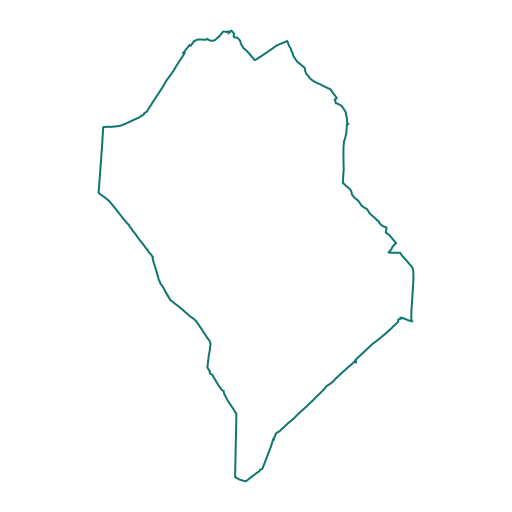 Carlogani, Olt, Romania
{"feature_id": "2599482B86259976977107", "entity_name": "Carlogani", "entity_type": "district", "adm_level": 2, "iso_a3": "ROU", "parent_name": "Romania", "parent_adm1": "Olt", "projection": "orthographic", "projection_center": [24.165, 44.511], "detail": "fine", "context": "isolated", "style": "outline", "palette": "teal", "viewbox_px": 512, "rotation_deg": 0, "n_neighbors": 0, "source": "geoboundaries", "source_scale": "gbopen_adm2", "svg_char_len": 5933}
<svg xmlns="http://www.w3.org/2000/svg" viewBox="0 0 512 512"><path d="M403.2,257.1L400.0,252.8L389.1,252.7L388.7,252.2L389.7,251.3L391.7,248.7L392.1,247.6L393.1,246.0L395.3,243.8L396.1,243.2L390.5,236.5L389.5,235.3L388.9,234.7L387.6,233.9L385.8,232.6L386.5,227.7L385.9,227.2L385.2,226.9L384.5,226.8L383.2,226.3L382.3,225.7L380.2,223.9L379.6,223.4L379.3,222.8L378.9,221.6L378.5,221.1L378.0,220.7L377.0,220.3L375.8,218.8L374.8,217.8L373.0,216.5L372.3,215.7L370.3,214.1L369.5,213.1L368.0,210.6L366.9,209.1L366.4,208.6L365.9,208.4L365.0,208.1L362.3,206.2L361.6,205.6L360.7,204.4L358.9,201.6L357.9,200.4L355.5,198.6L353.5,196.6L353.2,196.1L352.4,194.9L352.0,194.7L351.8,194.0L351.7,192.8L351.2,191.2L350.6,190.2L350.0,189.4L348.9,188.2L347.6,187.1L346.5,186.4L344.6,184.4L343.8,183.7L342.9,183.2L342.9,182.2L343.0,180.8L343.1,178.2L343.3,174.7L343.3,173.7L343.7,170.3L343.7,168.5L343.6,166.3L343.4,153.0L343.5,146.7L343.6,145.1L343.7,144.9L343.8,144.6L343.9,142.0L345.3,137.6L345.6,136.0L346.3,133.5L346.4,131.5L346.7,128.2L346.8,125.9L346.8,125.2L347.1,124.0L348.0,124.0L347.8,123.7L347.4,122.7L347.0,121.2L346.9,120.5L347.0,119.6L346.8,117.5L346.5,116.1L346.2,115.4L345.9,114.3L345.9,113.1L345.5,111.7L344.9,111.0L342.8,107.5L342.1,106.5L340.3,105.1L337.4,103.6L335.9,103.3L335.7,102.3L335.4,101.7L335.3,100.9L334.7,99.5L336.3,98.7L336.7,98.2L336.6,97.8L333.4,93.5L332.8,92.8L330.6,89.4L329.9,89.0L327.9,88.2L325.7,87.1L321.1,84.8L316.5,82.7L314.1,81.5L311.6,79.8L310.0,78.4L308.9,76.9L308.4,76.1L308.0,75.6L307.7,75.2L306.8,74.6L306.5,74.2L305.2,71.0L304.8,68.6L304.6,67.8L304.2,67.4L301.3,65.0L297.3,61.8L293.7,56.6L292.9,55.1L292.9,54.8L292.8,53.7L292.7,53.1L291.6,51.5L291.3,50.8L290.9,49.0L290.7,48.5L290.3,47.8L289.7,46.9L289.0,45.7L287.5,41.6L287.3,41.4L287.1,41.1L278.9,44.5L276.4,45.7L272.8,48.3L267.9,51.7L260.0,57.0L259.4,57.2L258.7,57.6L257.8,58.5L255.1,59.9L254.7,60.0L254.4,59.8L253.9,59.4L253.6,59.0L253.3,58.2L253.1,57.9L251.8,57.0L251.5,56.5L251.1,55.8L250.3,54.9L249.9,54.2L249.4,53.6L248.4,52.8L248.0,52.4L246.9,51.0L246.0,50.2L245.0,49.4L244.5,48.8L243.7,48.4L243.4,48.1L243.1,47.7L242.6,46.5L241.9,45.5L241.4,44.4L241.0,43.7L240.7,43.1L240.5,41.8L240.1,40.9L239.7,40.2L238.2,38.5L237.1,37.6L236.6,37.5L236.0,37.5L234.5,37.5L234.3,37.3L234.1,37.0L233.6,36.2L233.6,35.7L234.1,34.7L234.1,34.0L234.1,33.7L233.5,33.0L232.9,32.4L232.3,31.6L231.9,31.1L231.4,30.7L231.0,30.7L230.7,31.0L230.2,31.8L229.8,32.2L228.7,33.0L228.7,30.8L228.6,31.0L228.3,31.3L226.5,32.0L224.0,31.5L223.7,31.5L223.4,31.6L222.2,32.6L220.8,34.4L220.2,35.3L219.7,35.9L218.7,36.7L214.7,40.3L214.2,40.5L213.0,40.7L211.6,40.7L211.1,40.8L209.6,40.3L208.6,39.8L207.7,39.1L207.3,38.9L206.3,39.6L205.7,39.7L205.1,39.6L204.7,39.8L203.2,39.6L199.4,39.5L197.0,39.7L196.2,40.0L195.6,40.6L193.7,41.3L193.6,41.7L190.7,45.8L190.4,45.8L189.5,45.2L183.4,52.7L184.6,52.8L184.6,53.1L184.1,53.9L182.1,57.1L180.0,60.3L178.2,63.0L176.4,65.7L173.4,71.0L172.5,72.0L172.1,72.8L169.3,76.7L166.4,80.5L162.5,87.4L161.7,88.5L159.1,92.6L155.7,97.6L154.3,100.0L152.5,102.4L151.9,103.7L149.1,107.9L146.9,111.5L146.5,111.9L145.2,112.5L144.5,113.0L144.1,113.5L143.9,114.3L143.1,114.9L142.8,115.3L142.6,115.4L141.9,115.4L140.7,116.3L139.9,117.0L139.2,117.5L135.4,119.1L123.9,124.5L123.3,124.4L121.9,125.2L120.6,125.7L118.5,126.1L114.3,126.6L110.4,126.9L108.1,126.7L103.2,127.2L102.2,144.1L99.4,182.1L98.7,191.7L98.5,192.1L98.9,193.2L103.6,196.6L104.6,197.2L107.7,199.9L108.4,200.4L109.9,201.8L110.8,202.9L112.3,204.8L113.1,205.8L113.8,206.6L114.6,207.7L117.4,211.1L122.0,217.0L123.1,218.5L125.1,220.9L125.7,221.4L126.4,222.4L127.5,223.7L129.0,225.0L129.3,225.5L129.5,226.3L129.8,226.9L130.6,227.7L131.5,228.7L132.2,230.0L133.8,232.1L135.5,234.1L137.0,236.4L140.5,241.1L141.6,242.3L143.7,245.1L146.6,249.1L147.3,249.4L147.4,249.6L147.6,250.4L148.5,251.7L151.4,255.0L151.9,256.0L152.6,256.5L152.8,256.8L152.9,257.3L152.7,258.2L152.8,259.2L152.9,259.9L154.7,265.6L157.0,273.2L158.9,280.1L159.8,281.6L160.3,283.2L160.5,283.6L160.8,284.1L162.2,285.9L164.3,289.3L165.1,291.1L167.6,295.2L167.4,295.2L170.3,299.9L170.6,300.2L173.7,302.7L180.5,308.0L184.2,311.1L190.1,316.4L191.8,317.5L192.4,317.8L195.2,320.2L196.6,321.8L198.3,324.2L199.8,326.5L200.7,327.7L204.0,332.9L205.1,334.6L207.3,337.9L208.8,339.8L209.3,340.6L209.8,341.4L210.3,342.9L210.6,344.1L210.3,346.0L209.9,347.0L210.0,348.5L209.8,350.1L208.7,356.2L208.3,359.6L207.9,363.1L207.4,367.1L207.5,367.6L208.3,368.9L209.9,371.4L209.6,372.2L210.5,373.9L211.1,374.4L211.9,374.4L212.5,375.0L213.3,376.8L215.5,380.1L215.6,380.5L216.8,382.6L217.5,383.5L217.9,384.5L219.0,386.1L219.9,387.1L220.6,388.2L222.0,390.1L222.4,390.5L223.4,390.8L223.7,391.0L223.7,391.6L223.9,392.7L224.2,393.8L224.5,394.5L225.3,395.9L227.4,400.1L229.6,403.3L230.3,404.6L230.8,405.2L233.7,409.5L234.3,410.4L235.0,411.9L236.4,413.8L235.1,477.1L236.8,478.1L240.3,479.9L245.8,481.3L253.6,475.4L257.1,472.6L258.8,471.6L259.6,470.8L260.0,469.8L260.7,469.7L262.4,468.7L270.9,446.7L273.3,439.0L273.8,439.2L273.7,438.8L273.8,438.4L275.1,436.0L275.4,434.9L275.6,433.9L277.6,432.1L278.0,432.1L278.4,432.0L279.1,431.5L279.8,430.9L280.0,430.8L280.1,430.7L280.4,430.4L287.7,423.5L292.8,419.3L300.7,411.6L305.0,407.9L306.1,406.8L306.6,406.5L308.9,404.1L313.2,400.1L315.7,397.5L320.7,392.7L324.4,388.9L326.8,385.9L330.1,383.9L333.3,381.3L335.1,379.2L338.6,375.9L343.0,371.8L346.1,369.1L348.2,367.1L350.4,365.3L353.2,362.8L353.8,362.2L356.0,362.3L356.1,361.4L354.8,361.2L355.8,359.6L373.0,343.5L376.0,341.4L379.9,338.3L385.9,333.3L392.1,327.7L393.0,326.6L394.7,325.2L398.3,321.5L398.1,320.8L398.3,319.6L398.4,319.4L402.0,318.3L401.5,317.8L402.5,317.9L404.9,318.9L407.8,320.1L409.6,320.7L412.0,321.2L411.5,320.0L411.4,319.3L411.3,317.8L411.3,314.7L411.5,310.1L411.5,309.5L412.5,294.7L413.0,285.7L413.3,282.1L413.5,277.4L413.4,276.6L413.4,274.3L413.3,271.7L413.0,269.7L412.5,267.9L411.4,266.3L408.0,262.4L406.3,260.2L403.2,257.1Z" fill="none" stroke="#0f766e" stroke-width="2"/></svg>